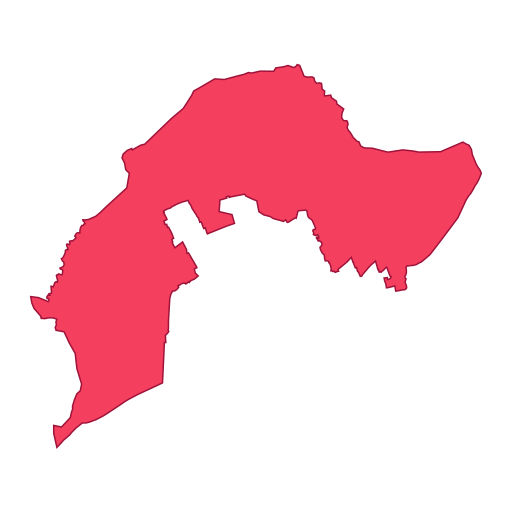 Ungogo, Kano, Nigeria
{"feature_id": "59680162B36976404849364", "entity_name": "Ungogo", "entity_type": "district", "adm_level": 2, "iso_a3": "NGA", "parent_name": "Nigeria", "parent_adm1": "Kano", "projection": "natural_earth1", "projection_center": [8.508, 12.042], "detail": "fine", "context": "isolated", "style": "filled", "palette": "rose", "viewbox_px": 512, "rotation_deg": 0, "n_neighbors": 0, "source": "geoboundaries", "source_scale": "gbopen_adm2", "svg_char_len": 5962}
<svg xmlns="http://www.w3.org/2000/svg" viewBox="0 0 512 512"><path d="M379.2,272.1L380.1,271.7L380.4,272.0L381.1,272.2L381.2,271.8L381.6,271.8L382.0,271.2L383.1,270.6L385.7,267.8L386.7,267.2L389.9,275.8L390.3,276.2L391.2,276.5L390.3,278.5L389.8,278.9L389.0,279.1L388.2,279.5L387.5,279.6L387.4,277.6L384.1,278.0L384.6,280.7L386.0,284.5L386.4,287.8L387.7,287.7L394.9,286.0L395.7,291.1L399.9,290.5L401.5,290.0L403.5,289.9L404.9,289.6L405.7,289.2L406.3,288.6L406.6,287.8L406.6,287.1L406.5,286.1L405.8,283.9L405.3,283.0L405.1,281.8L406.1,278.8L405.4,278.3L405.0,277.7L404.9,276.8L406.0,274.3L406.4,272.5L406.4,270.0L406.1,268.4L406.2,267.0L406.8,266.1L411.1,265.5L413.3,265.4L416.5,264.5L418.5,263.3L421.6,261.8L430.0,254.6L439.2,242.7L457.8,217.9L466.3,199.6L468.9,195.6L470.7,193.5L473.4,189.0L474.8,186.2L477.3,182.5L479.2,178.7L481.3,173.4L480.1,170.2L477.9,167.1L476.3,164.3L472.4,154.8L471.4,149.4L469.1,145.3L466.0,143.9L462.9,142.1L440.6,151.7L418.8,152.1L413.1,151.0L402.8,149.9L389.0,152.0L387.2,152.0L372.3,148.2L364.3,147.9L360.7,146.0L358.9,141.8L357.2,141.4L353.2,137.4L350.2,132.4L348.1,129.9L347.1,127.5L348.0,124.5L347.6,122.1L347.0,120.9L346.1,120.6L345.1,120.8L343.8,120.6L342.9,119.7L342.1,118.7L341.6,116.4L342.1,112.9L343.7,109.0L336.8,103.9L336.5,101.2L331.6,97.8L330.7,95.1L324.7,96.0L324.3,94.7L324.5,93.2L324.7,91.1L322.2,89.2L321.5,83.4L319.7,82.9L316.4,83.2L314.5,80.6L314.0,77.9L312.0,76.9L307.2,77.1L304.1,76.3L299.7,65.4L297.2,64.6L296.3,66.0L293.9,67.6L288.0,65.5L283.4,66.8L275.8,67.9L273.7,71.3L260.4,71.1L251.3,73.1L248.6,72.5L243.5,74.5L238.1,75.8L224.3,79.5L214.7,78.9L198.4,88.4L193.7,91.0L191.6,95.5L183.3,108.4L171.4,118.5L144.7,144.2L140.6,145.2L132.3,149.9L131.7,148.5L127.4,150.3L123.3,153.9L122.0,157.8L124.6,163.1L125.7,169.6L129.3,173.4L126.8,187.9L105.7,207.2L100.4,212.4L95.7,216.3L88.7,219.4L85.3,219.9L82.9,219.8L83.2,221.1L84.4,222.0L85.0,223.7L83.9,224.1L83.3,225.4L81.9,225.4L80.7,227.2L80.0,229.9L79.8,233.0L78.8,232.8L77.4,232.8L76.1,233.7L75.0,235.6L74.8,236.4L75.9,237.2L75.8,238.1L72.7,240.8L71.4,240.8L69.9,241.1L69.5,241.3L69.9,243.0L69.8,244.0L69.4,244.5L68.7,244.4L67.6,244.0L66.9,244.1L66.5,244.9L68.1,249.3L67.7,249.8L67.3,249.5L66.3,249.7L65.4,250.4L65.3,252.2L64.9,253.7L63.9,255.8L63.0,257.5L62.5,258.1L61.4,258.7L62.4,260.8L62.9,261.4L63.8,262.1L64.1,264.5L64.0,265.1L62.8,266.9L60.0,268.0L60.3,269.0L61.6,269.4L62.8,270.3L62.3,274.6L62.0,274.8L59.7,274.4L58.8,273.8L57.7,274.8L56.8,274.9L56.4,275.4L56.8,277.5L57.4,279.5L57.6,281.0L57.4,282.2L56.1,281.7L54.9,282.5L53.2,286.9L51.8,286.3L51.0,286.3L51.5,292.5L51.1,293.2L49.0,293.7L48.6,294.2L49.7,295.3L47.9,295.4L47.1,296.3L46.8,297.6L47.1,298.6L48.5,298.6L48.8,299.3L49.0,300.3L48.2,301.6L38.5,297.6L30.7,296.6L31.8,302.9L34.0,308.4L40.7,316.1L41.2,318.4L45.2,318.6L48.3,317.9L52.2,317.8L54.7,318.4L56.8,319.2L55.9,322.1L56.3,323.9L56.3,324.9L55.9,326.0L55.5,326.8L55.2,327.7L55.9,329.5L56.0,330.3L64.1,331.8L69.2,342.8L75.2,353.5L76.9,368.7L81.6,384.0L80.3,390.7L76.8,393.9L74.3,400.1L72.5,406.2L72.6,409.2L71.5,412.1L70.3,417.6L61.5,427.0L53.7,425.4L53.7,433.3L56.9,447.4L61.6,442.5L63.3,440.4L69.9,434.7L71.6,432.5L76.0,428.0L82.3,423.0L86.3,422.9L89.7,422.0L96.4,419.5L102.9,416.1L105.5,414.5L109.2,412.1L121.4,404.0L124.5,401.8L128.3,399.5L137.3,394.7L162.5,382.9L164.4,342.4L165.8,342.5L165.4,335.4L166.8,334.0L168.7,331.7L168.6,330.9L168.3,330.7L168.1,330.3L168.4,328.7L168.5,320.1L169.8,298.3L170.8,294.4L172.0,292.1L172.3,291.2L175.0,290.8L176.9,289.4L178.7,287.4L178.0,285.6L179.8,285.1L180.1,284.7L181.5,283.8L183.5,283.0L185.3,283.5L185.4,283.2L185.6,283.2L185.9,283.9L186.9,283.3L188.7,281.7L189.2,282.4L189.9,281.8L189.8,281.4L190.2,281.1L193.5,279.4L193.9,279.4L195.2,278.5L198.2,275.9L195.5,273.3L194.2,269.1L196.9,267.7L196.2,266.1L188.5,252.9L186.9,253.3L186.5,249.5L182.6,241.9L174.9,247.8L174.3,246.5L173.4,245.2L173.3,244.8L172.2,242.8L172.7,242.4L172.7,242.0L171.8,239.2L173.6,238.4L172.2,234.3L170.3,230.4L169.0,228.1L168.6,227.1L167.5,227.4L166.7,224.3L165.1,224.6L163.9,221.1L167.0,219.5L166.4,217.9L163.7,212.7L164.2,212.4L163.5,211.1L164.5,210.5L166.8,209.2L170.6,207.9L172.0,206.7L177.2,204.0L181.9,202.1L188.1,200.4L189.3,203.4L190.8,205.1L191.9,208.0L194.3,211.9L196.2,214.6L196.8,216.0L198.5,218.2L199.5,221.1L199.8,222.3L201.3,222.0L202.9,226.5L203.8,228.6L205.3,227.9L206.2,230.7L206.6,232.1L207.4,233.9L209.5,233.0L226.7,226.1L234.5,223.4L232.0,214.6L219.1,211.6L219.8,202.6L219.8,200.1L226.7,198.1L226.4,196.7L229.0,196.2L229.2,197.4L231.2,196.8L244.6,194.2L246.0,196.1L252.9,199.3L256.8,200.8L258.9,211.7L263.8,214.9L270.3,216.6L273.2,218.5L276.4,219.4L277.5,219.8L278.8,220.0L283.4,221.4L285.7,219.9L286.2,220.7L286.6,221.6L287.0,222.1L287.5,222.4L288.1,222.3L289.1,221.8L292.7,219.4L295.5,217.9L296.2,218.2L298.0,211.0L299.2,210.7L305.8,210.1L306.9,210.9L307.7,215.4L308.2,216.8L309.1,218.0L310.7,219.0L312.1,220.2L314.6,225.7L315.6,228.4L315.2,229.4L314.2,229.3L313.5,229.6L313.0,230.1L312.9,230.6L312.8,230.9L313.7,232.6L313.7,233.1L313.6,233.8L313.3,234.2L313.5,234.6L313.8,234.8L315.2,235.3L315.4,235.5L315.6,235.6L316.1,235.6L316.6,235.3L317.1,234.8L317.4,234.8L317.8,235.0L318.5,236.2L318.9,237.9L318.6,238.1L317.9,237.9L317.2,238.1L317.3,237.6L317.1,237.2L316.8,237.3L316.6,237.7L316.4,237.9L316.5,238.3L317.7,239.6L317.9,240.2L317.8,240.5L318.1,240.8L318.6,241.0L319.3,240.7L319.7,240.8L320.3,241.7L321.4,242.2L321.9,243.0L321.7,245.5L320.0,247.3L320.2,248.5L320.5,249.7L322.1,252.9L324.3,255.1L324.6,258.6L325.2,260.8L327.5,260.9L328.7,261.4L328.8,262.7L329.8,263.6L330.6,266.1L331.3,269.1L330.8,270.8L331.9,270.9L332.6,271.5L334.2,271.3L334.7,272.0L335.5,272.3L336.1,272.1L336.9,271.5L338.6,271.3L338.1,269.4L347.3,261.7L351.3,257.4L352.9,262.0L353.1,261.9L353.8,264.0L355.3,267.9L356.5,267.5L357.5,271.3L358.6,272.4L360.3,276.4L361.8,276.1L362.4,274.8L368.7,267.4L371.3,264.7L373.2,263.1L375.5,261.0L378.0,269.7L378.4,269.5L379.2,272.1Z" fill="#f43f5e" stroke="#9f1239" stroke-width="1.5"/></svg>